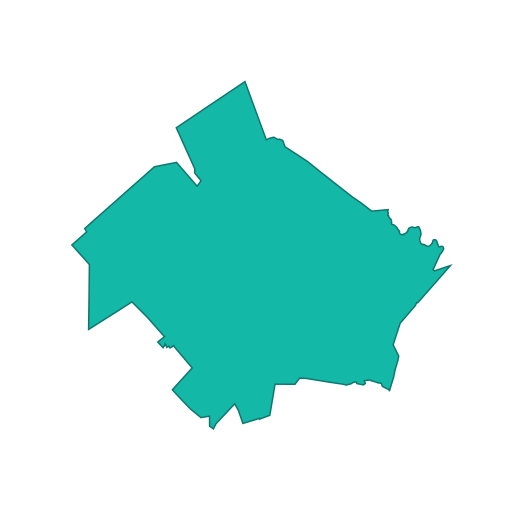 outline of Rayón, Sonora, Mexico, rotated 252°
{"feature_id": "50627088B16276532875787", "entity_name": "Rayón", "entity_type": "district", "adm_level": 2, "iso_a3": "MEX", "parent_name": "Mexico", "parent_adm1": "Sonora", "projection": "robinson", "projection_center": [-110.577, 29.75], "detail": "fine", "context": "isolated", "style": "filled", "palette": "teal", "viewbox_px": 512, "rotation_deg": 252, "n_neighbors": 0, "source": "geoboundaries", "source_scale": "gbopen_adm2", "svg_char_len": 3965}
<svg xmlns="http://www.w3.org/2000/svg" viewBox="0 0 512 512"><g transform="rotate(252 256 256)"><path d="M323.4,84.3L299.4,94.9L272.0,85.7L237.9,74.1L245.6,104.3L250.7,123.8L231.1,133.8L230.8,133.9L207.8,143.9L207.7,144.0L207.0,142.6L206.4,140.9L205.0,137.1L204.4,136.0L197.5,139.3L197.7,139.5L198.2,139.8L198.8,141.1L200.5,142.4L198.2,142.8L197.8,142.8L196.7,142.9L196.9,143.4L196.8,144.2L197.2,145.2L195.2,145.8L195.5,148.1L196.3,149.9L193.8,150.7L169.3,160.7L154.6,135.1L142.6,140.6L130.5,146.5L119.3,153.7L118.1,162.3L108.5,159.3L104.7,162.1L108.8,166.1L122.0,190.1L116.2,191.2L114.5,191.5L100.8,191.8L100.5,208.9L99.8,208.9L100.2,219.9L106.9,223.4L128.2,234.5L122.0,253.4L126.3,259.7L124.3,265.4L122.7,268.6L113.6,286.2L108.0,297.5L106.5,300.4L105.4,301.8L105.1,307.1L105.8,309.6L105.2,312.6L103.5,312.5L100.2,318.4L101.0,320.6L103.9,320.4L102.9,326.1L102.5,326.5L102.1,326.7L101.6,327.1L101.3,327.8L100.9,328.4L100.4,329.2L99.8,329.9L99.1,331.1L98.6,331.9L98.1,332.1L97.8,332.5L97.7,333.0L97.2,333.8L97.3,333.9L95.9,335.9L92.9,335.9L88.0,340.9L87.4,341.1L87.0,341.1L86.8,341.1L86.7,341.4L98.5,349.6L105.2,353.4L113.0,358.8L116.7,360.8L129.2,359.0L147.6,372.4L159.6,392.2L162.1,394.5L161.5,395.3L186.8,437.9L186.8,434.6L186.8,434.0L186.7,421.4L188.2,420.1L201.0,431.9L201.2,432.7L201.6,433.3L202.4,434.1L203.1,435.2L203.7,435.6L204.2,436.2L204.8,436.6L205.3,436.8L205.6,436.8L205.8,436.8L206.1,436.8L206.3,436.7L206.5,436.7L207.0,436.6L207.3,436.5L207.7,436.0L207.7,435.9L208.0,434.9L207.9,433.9L207.9,433.6L208.0,433.2L208.3,432.9L208.7,432.6L208.9,432.6L209.2,432.5L210.6,432.6L211.5,432.5L212.8,432.6L213.9,432.5L214.7,432.4L215.4,432.2L215.9,431.7L216.1,431.2L216.3,430.8L216.5,430.3L216.5,429.7L216.1,429.1L215.8,429.0L215.2,428.6L214.1,427.8L213.8,427.5L213.3,426.9L212.8,426.1L212.6,425.5L212.2,424.7L211.8,423.2L212.5,421.6L213.0,421.1L213.9,420.3L214.0,420.3L215.0,419.4L215.2,418.7L215.3,418.6L215.2,418.5L215.3,418.2L215.6,417.8L216.5,417.1L217.5,416.7L218.3,416.6L219.3,416.5L220.1,416.6L222.0,417.0L222.3,417.1L223.0,417.7L223.6,418.3L224.3,418.8L225.3,419.3L226.0,419.8L226.7,419.9L227.3,420.0L228.0,420.1L228.9,420.2L230.2,420.2L231.4,420.1L232.3,420.0L233.0,419.9L233.6,419.6L233.7,419.3L233.8,418.8L233.9,418.1L233.8,417.5L233.6,416.7L233.8,416.0L234.1,415.4L234.6,414.7L235.1,413.9L235.3,413.3L235.4,412.7L235.4,411.9L235.4,411.2L235.3,410.5L235.2,410.0L234.6,409.4L233.5,408.5L232.4,407.7L232.3,407.0L231.8,406.6L231.7,406.2L231.4,405.6L231.3,404.9L231.3,404.2L231.2,403.8L231.2,403.3L231.0,403.2L230.8,403.1L230.9,402.8L231.1,402.3L231.3,401.4L231.2,401.3L231.4,401.1L232.3,400.0L232.7,399.8L232.8,399.7L233.2,399.6L233.4,399.6L233.9,399.7L235.2,400.1L235.4,400.1L235.8,399.7L236.4,399.8L236.6,399.7L236.9,399.4L237.4,399.0L237.8,398.9L238.4,399.1L239.2,398.9L240.4,398.4L241.5,397.6L242.2,397.3L242.9,396.7L243.6,395.9L243.9,395.3L244.0,395.1L244.3,395.0L245.0,395.0L245.6,395.1L246.1,395.3L246.4,395.4L246.7,395.5L246.8,395.6L247.2,395.7L247.4,395.7L247.7,395.7L247.9,395.7L248.1,395.7L248.4,395.7L248.7,395.6L249.0,395.6L249.4,395.6L249.5,395.6L249.6,395.4L249.8,395.2L250.0,395.2L250.6,394.9L250.9,394.7L251.2,394.6L251.5,394.6L251.8,394.5L252.2,394.5L252.5,394.4L252.9,394.4L253.1,394.4L253.3,394.4L253.5,394.5L253.6,394.4L253.7,394.1L253.8,393.9L254.0,393.8L254.3,393.9L254.3,394.0L254.6,394.3L254.9,394.5L255.6,394.9L256.0,395.0L256.3,395.1L256.5,395.1L256.8,395.0L257.0,395.0L257.1,394.9L257.3,394.9L257.5,394.9L257.7,395.0L257.8,395.0L258.0,395.2L258.2,395.4L258.4,395.6L258.6,395.7L258.8,395.8L259.1,395.9L259.3,396.0L262.9,379.9L273.8,372.5L281.9,366.2L317.1,342.6L326.3,336.6L330.0,334.2L351.0,317.3L357.7,317.1L359.8,314.6L360.1,312.8L363.5,309.6L363.8,305.0L363.6,303.9L363.4,302.8L363.4,301.7L425.3,299.4L413.7,258.6L402.6,219.8L358.0,224.7L353.8,223.4L344.5,227.0L340.6,221.6L369.6,209.3L372.3,187.1L359.5,157.6L358.2,154.6L335.1,101.6L331.2,102.3L323.4,84.3Z" fill="#14b8a6" stroke="#0f766e" stroke-width="1.5"/></g></svg>